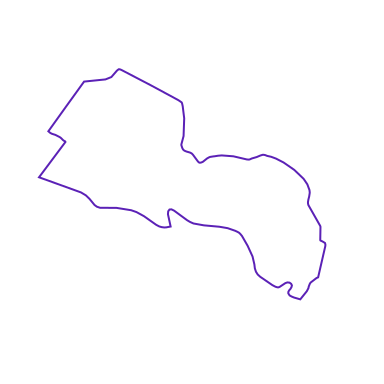 White Nile, Mercator projection, rotated 126°
{"feature_id": "SDN-879", "entity_name": "White Nile", "entity_type": "State", "adm_level": 1, "iso_a3": "SDN", "parent_name": "Sudan", "parent_adm1": "", "projection": "mercator", "projection_center": [32.247, 13.605], "detail": "fine", "context": "isolated", "style": "outline", "palette": "violet", "viewbox_px": 384, "rotation_deg": 126, "n_neighbors": 0, "source": "natural_earth", "source_scale": "10m", "svg_char_len": 2130}
<svg xmlns="http://www.w3.org/2000/svg" viewBox="0 0 384 384"><g transform="rotate(126 192 192)"><path d="M270.0,324.4L225.9,323.8L225.7,324.2L225.6,324.7L225.8,325.2L225.8,325.8L225.8,327.0L225.4,329.3L225.3,330.5L225.4,331.7L226.1,336.1L227.2,339.4L227.4,340.5L227.5,341.7L227.3,343.9L196.7,344.1L166.1,344.2L151.8,328.2L146.4,324.8L138.2,324.1L136.8,323.8L135.6,323.3L135.0,322.0L134.7,320.6L129.9,288.3L125.7,256.9L125.6,253.1L126.0,252.3L128.1,249.9L137.0,241.6L151.7,231.7L159.7,228.6L160.3,228.2L160.9,227.4L162.0,225.9L162.6,224.8L162.9,224.0L163.0,223.4L163.0,222.8L163.0,222.3L162.5,220.2L161.3,216.9L161.1,215.8L161.0,214.7L161.3,213.1L163.8,205.2L164.0,203.9L163.9,203.2L163.7,202.9L163.3,202.4L163.0,202.1L161.5,201.1L161.0,200.9L155.9,199.5L153.8,198.5L153.0,198.0L150.7,195.7L149.8,194.7L147.3,192.2L144.9,189.4L138.8,179.5L133.4,166.7L132.4,165.1L132.1,164.8L131.8,164.5L129.7,163.3L125.7,160.2L122.4,158.2L120.5,156.8L120.2,156.5L119.9,156.1L119.5,155.3L119.1,154.4L118.6,152.4L117.0,148.7L115.6,143.7L114.3,135.3L114.0,122.3L115.7,109.7L115.9,109.0L118.0,103.2L121.4,98.1L122.7,96.9L123.4,96.3L126.9,94.5L129.7,93.4L131.9,92.3L132.6,91.8L133.3,91.2L134.2,90.1L144.0,68.5L144.3,68.0L144.8,67.5L155.2,60.2L155.7,59.7L155.7,59.2L155.4,57.9L155.2,56.3L155.1,54.4L156.1,53.2L157.3,52.4L186.9,39.8L188.4,40.7L195.2,42.7L196.1,42.8L197.1,42.7L199.8,42.0L201.4,41.3L204.8,40.8L215.2,41.3L217.4,47.4L218.0,49.9L218.3,52.2L217.4,54.5L216.3,55.3L214.6,55.6L212.6,55.4L210.5,55.6L208.8,56.3L208.0,57.8L208.0,59.8L209.1,61.7L210.8,62.9L217.2,65.3L218.2,65.9L218.9,66.8L219.6,68.8L220.1,72.3L220.5,87.0L220.1,90.4L218.9,93.4L216.8,96.3L213.9,99.0L208.6,105.1L202.8,115.4L198.2,125.7L197.6,128.0L197.3,129.9L197.5,131.7L198.0,134.3L200.3,141.9L204.0,149.4L212.0,162.8L216.6,172.3L217.4,176.1L217.7,179.5L217.6,195.5L218.1,198.4L219.4,199.9L221.6,199.9L224.1,198.4L232.5,189.0L235.8,192.1L237.0,193.6L238.2,195.8L239.1,198.2L239.6,201.7L239.8,216.7L240.9,225.2L242.5,230.5L249.2,243.7L258.8,257.1L259.8,260.3L259.8,263.2L257.8,270.9L257.1,275.9L257.6,281.6L270.0,324.4Z" fill="none" stroke="#5b21b6" stroke-width="2"/></g></svg>